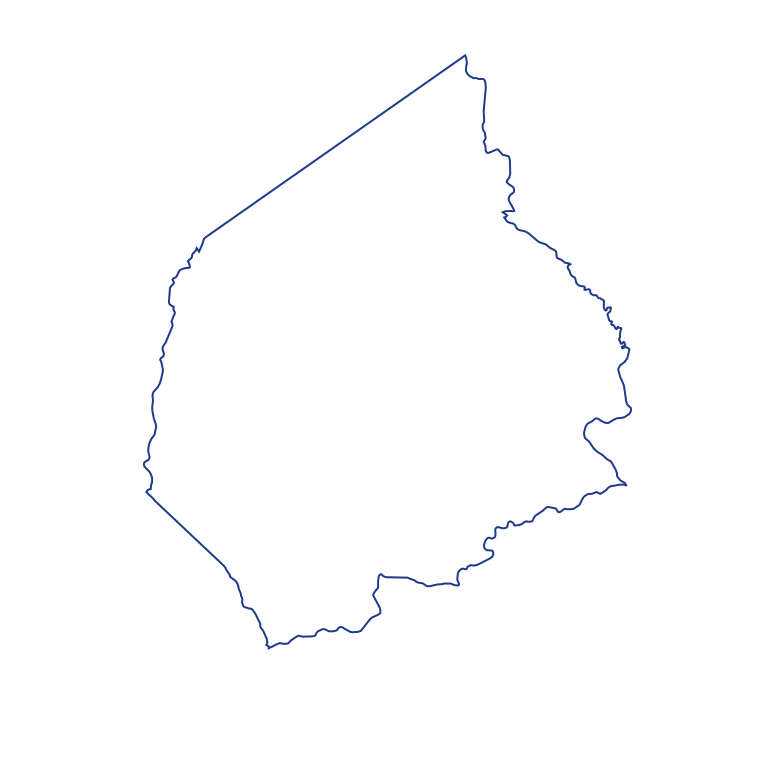 an SVG outline of Western, rotated 55°
{"feature_id": "ZMB-523", "entity_name": "Western", "entity_type": "Province", "adm_level": 1, "iso_a3": "ZMB", "parent_name": "Zambia", "parent_adm1": "", "projection": "mercator", "projection_center": [24.246, -15.661], "detail": "fine", "context": "isolated", "style": "outline", "palette": "blue", "viewbox_px": 768, "rotation_deg": 55, "n_neighbors": 0, "source": "natural_earth", "source_scale": "10m", "svg_char_len": 6165}
<svg xmlns="http://www.w3.org/2000/svg" viewBox="0 0 768 768"><g transform="rotate(55 384 384)"><path d="M165.3,459.5L169.5,459.5L165.1,452.4L161.8,448.2L161.5,445.4L161.4,129.1L163.6,129.5L167.4,131.3L168.9,132.3L172.0,135.4L174.5,137.3L176.6,137.7L178.7,137.7L180.8,137.3L184.9,135.2L186.2,133.0L188.8,131.2L190.5,128.4L191.5,127.6L192.9,127.4L195.1,128.0L199.5,130.5L217.6,145.8L226.1,151.1L226.8,151.8L228.3,154.6L231.4,156.6L233.2,157.1L236.7,157.4L237.8,158.4L240.0,159.0L241.3,160.2L242.7,163.3L247.3,164.4L250.9,166.7L252.5,167.1L253.9,166.8L254.8,165.4L256.5,157.2L257.2,156.1L264.3,155.4L268.4,151.6L270.3,151.5L273.3,152.8L284.2,160.0L286.7,162.9L287.8,166.1L288.7,167.4L290.0,167.6L292.2,167.1L296.1,165.5L297.8,165.4L298.9,165.8L300.4,166.6L301.1,167.4L301.4,168.1L301.5,171.6L301.9,172.9L303.2,175.1L304.2,175.9L306.1,176.6L315.7,177.6L316.9,178.1L316.4,179.3L314.7,181.3L312.0,185.7L311.4,188.2L316.5,186.4L317.1,188.0L316.5,190.0L321.6,190.0L323.6,188.9L326.8,186.1L328.9,185.5L332.9,186.0L334.5,185.5L335.8,184.6L339.6,181.1L343.1,179.3L355.9,175.9L358.1,174.7L362.5,171.3L367.6,170.0L371.9,167.6L373.9,167.1L375.9,167.8L377.9,169.2L380.1,169.9L384.2,167.4L388.4,166.2L391.3,163.3L392.7,162.7L392.6,165.2L393.6,166.6L395.4,167.1L397.8,167.1L400.4,168.0L402.3,168.3L405.1,167.4L406.1,166.7L406.9,166.7L411.0,168.3L412.4,168.5L413.6,168.3L414.9,167.9L416.4,166.9L418.9,164.2L419.4,164.0L420.0,164.1L421.5,165.6L422.3,165.3L423.6,162.4L424.4,161.4L425.6,161.4L427.4,162.6L429.2,162.6L431.5,161.5L432.9,159.3L433.6,159.1L436.3,159.1L436.9,158.9L437.7,157.8L439.5,157.1L441.2,156.2L442.5,156.3L444.4,158.0L447.7,160.2L449.1,160.5L450.8,160.4L451.2,159.9L451.1,159.3L449.7,157.6L449.7,157.1L450.7,155.6L451.0,154.5L451.5,154.4L452.3,154.9L454.2,157.0L454.6,160.2L455.2,160.9L456.3,161.5L461.0,162.9L462.2,162.7L463.5,161.5L463.8,161.4L464.9,163.2L465.4,163.6L466.2,163.5L467.5,162.2L468.2,162.1L470.8,162.5L472.1,162.2L472.4,161.8L471.3,160.0L471.5,159.6L472.7,159.3L473.9,157.9L474.4,157.7L478.4,162.1L480.9,163.7L482.5,166.1L484.0,166.1L486.6,166.8L487.1,166.6L487.4,166.1L487.0,164.2L487.1,163.6L487.5,163.3L490.2,163.9L490.4,164.7L490.1,167.7L490.2,168.1L490.7,168.3L491.6,168.1L492.1,165.5L492.7,164.4L495.9,163.0L497.0,163.7L502.4,169.9L504.0,174.3L504.1,179.7L505.8,183.2L506.5,183.8L513.8,186.5L516.3,186.9L523.0,188.4L537.0,195.5L539.2,196.3L540.5,196.5L545.3,195.6L546.1,195.9L547.1,196.6L548.4,198.2L549.2,200.2L549.1,205.7L548.2,208.6L546.1,212.0L545.6,213.4L545.0,216.3L544.6,222.6L543.0,224.7L542.0,225.5L538.3,227.4L534.9,228.7L533.7,230.2L533.6,231.7L533.9,235.4L533.3,239.5L533.6,241.0L534.3,242.8L535.8,244.8L538.4,247.8L539.5,248.6L541.4,249.7L543.2,250.2L545.3,250.0L548.7,249.0L557.1,249.2L561.9,248.1L568.0,245.6L573.4,244.5L577.5,242.6L579.2,242.6L587.3,243.4L591.0,244.5L592.6,245.7L594.5,246.0L598.5,245.7L602.0,244.0L603.4,243.5L606.6,243.7L604.7,244.5L603.5,245.9L601.3,249.3L599.3,254.0L597.9,256.3L597.6,258.4L597.7,260.4L598.4,263.0L598.1,269.4L597.9,270.0L595.2,271.3L594.3,272.2L593.3,276.5L591.2,279.9L590.9,283.8L591.3,286.0L595.2,293.4L595.1,299.7L593.9,302.4L592.2,305.1L589.9,307.6L589.7,308.9L590.0,312.6L589.4,314.2L588.5,314.8L585.4,314.6L584.1,315.0L578.6,320.3L578.3,322.2L578.9,327.0L578.7,335.8L579.4,337.6L581.1,340.4L581.3,341.9L580.3,343.9L578.0,346.5L577.6,348.4L577.8,351.5L577.0,354.3L575.2,357.7L574.4,358.4L572.6,357.9L572.0,357.9L569.5,358.9L568.7,359.9L568.6,360.6L568.9,361.8L571.8,365.1L571.7,366.8L570.6,369.2L566.6,372.7L566.1,374.0L566.3,375.2L567.2,376.5L571.6,379.2L572.8,380.6L573.1,382.0L572.8,383.7L571.8,385.0L570.1,386.1L569.6,387.6L570.3,390.5L572.9,394.1L573.9,394.9L575.2,395.6L576.7,395.8L578.1,395.6L579.3,394.9L582.1,391.4L583.2,390.8L584.5,391.1L586.2,392.3L587.6,394.4L587.7,396.7L585.8,410.6L584.6,414.1L581.9,417.3L581.7,420.1L582.0,421.0L582.9,422.2L582.9,422.8L582.3,423.6L580.2,425.6L579.9,427.9L580.4,430.3L581.8,432.4L586.3,436.2L590.8,437.2L591.4,437.6L591.6,438.8L589.0,441.9L586.3,443.4L585.3,444.3L584.3,446.1L582.6,448.0L580.6,452.4L579.0,454.9L576.0,462.2L574.4,464.7L569.5,466.6L566.4,469.8L564.8,470.9L562.1,471.7L559.1,474.0L556.9,475.3L555.9,476.1L543.4,493.2L541.2,494.7L538.2,495.4L537.8,496.5L538.1,498.0L538.8,498.9L542.2,502.0L546.6,505.0L547.6,505.9L548.6,509.9L550.1,513.3L550.8,513.9L551.6,514.2L564.7,515.8L566.9,516.5L569.6,518.5L569.6,521.2L568.5,527.4L568.4,529.5L573.0,544.5L572.0,547.6L569.9,551.3L567.9,553.7L561.4,556.9L560.2,557.2L558.1,558.7L557.7,560.6L558.6,563.6L558.6,564.4L557.6,567.2L555.3,570.6L554.5,571.2L551.1,573.1L550.1,573.9L549.6,574.9L548.7,579.7L549.2,582.2L550.5,584.2L550.5,585.8L548.0,590.1L546.8,591.6L544.7,595.2L541.3,598.2L540.8,600.5L540.7,607.6L541.5,610.8L541.3,611.7L540.2,614.1L536.4,618.2L535.7,621.0L534.4,630.0L532.9,628.9L530.4,630.1L528.8,627.8L525.5,626.2L516.9,624.5L512.9,624.7L511.6,624.4L509.5,622.9L498.8,621.2L493.2,621.2L492.0,621.6L490.5,623.4L489.1,624.2L487.2,625.9L485.9,626.5L484.7,626.5L481.6,625.6L478.7,623.2L475.6,622.6L473.2,621.4L469.5,620.7L464.2,618.8L461.9,618.4L459.7,618.7L453.5,620.7L452.1,619.9L445.5,619.7L443.2,619.3L440.9,619.5L348.0,638.7L345.7,638.8L336.2,640.6L335.5,639.0L335.4,637.3L336.3,635.4L333.5,633.0L331.1,630.1L328.6,628.2L324.9,626.8L320.9,626.5L314.4,627.6L312.3,627.0L310.8,625.3L310.7,623.4L311.0,621.4L310.6,619.3L309.3,617.9L303.8,615.7L300.8,613.3L297.7,609.8L295.4,605.9L294.4,602.3L293.7,600.9L288.4,595.2L286.6,594.2L280.7,592.5L273.2,589.2L269.8,587.0L264.8,582.5L260.9,580.4L259.3,579.0L258.2,577.1L256.8,571.0L255.0,567.5L252.5,564.1L246.9,558.0L245.2,556.7L237.7,553.6L236.1,553.6L235.4,553.1L234.9,551.9L234.9,549.7L234.6,548.6L233.0,546.9L229.1,545.7L227.3,544.6L226.2,542.9L224.9,539.3L215.8,524.8L214.9,523.7L213.7,523.0L211.0,522.3L207.5,517.2L206.7,515.5L205.5,514.3L202.1,513.7L200.1,512.0L199.2,512.7L196.2,513.7L195.2,513.8L193.5,513.2L182.8,504.4L181.9,502.6L181.1,498.5L179.7,497.7L177.3,497.4L176.8,496.5L177.2,493.3L176.5,491.4L174.4,487.8L173.8,486.2L173.9,484.0L174.6,481.6L175.6,479.3L176.8,477.6L177.0,476.0L175.0,475.0L170.8,474.1L170.3,469.2L167.8,466.5L166.6,461.3L165.3,459.5Z" fill="none" stroke="#1e3a8a" stroke-width="2"/></g></svg>